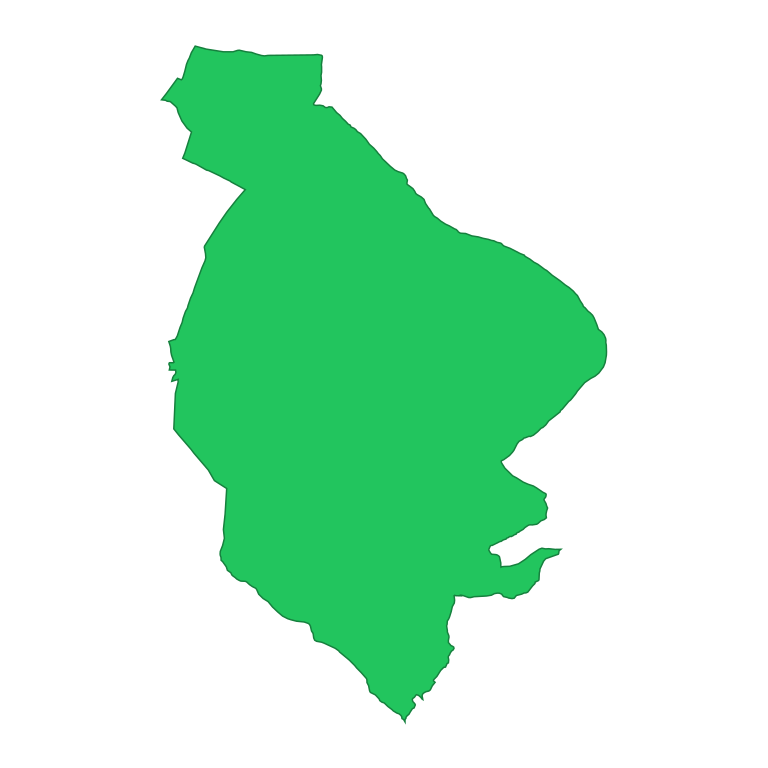 the district of Samsud, Salaj, Romania
{"feature_id": "2599482B8829364440504", "entity_name": "Samsud", "entity_type": "district", "adm_level": 2, "iso_a3": "ROU", "parent_name": "Romania", "parent_adm1": "Salaj", "projection": "natural_earth1", "projection_center": [22.948, 47.339], "detail": "fine", "context": "isolated", "style": "filled", "palette": "green", "viewbox_px": 768, "rotation_deg": 0, "n_neighbors": 0, "source": "geoboundaries", "source_scale": "gbopen_adm2", "svg_char_len": 6094}
<svg xmlns="http://www.w3.org/2000/svg" viewBox="0 0 768 768"><path d="M460.4,595.8L459.9,595.4L460.7,595.1L463.5,595.7L468.6,597.5L470.5,597.6L474.1,596.7L486.5,596.0L491.4,595.2L494.5,593.6L497.5,593.1L499.4,593.2L501.7,594.1L502.6,595.5L503.6,596.6L507.5,597.5L508.5,598.0L512.0,598.6L514.2,598.2L516.4,595.5L521.8,594.1L524.1,593.0L525.9,592.9L527.8,592.1L532.6,585.9L534.9,583.6L535.2,582.1L538.6,580.5L539.0,579.5L539.3,573.0L539.8,571.0L540.0,568.9L543.6,561.2L545.7,558.7L558.3,554.2L558.6,553.7L559.1,550.7L560.8,549.3L555.2,549.4L548.7,548.7L545.6,548.9L541.9,548.2L539.1,549.2L530.9,554.6L525.2,559.4L518.5,563.8L509.8,566.3L504.1,566.5L502.0,566.7L501.0,567.2L500.8,566.0L500.8,563.0L499.5,556.9L499.0,556.2L497.5,555.1L496.0,554.6L491.5,554.2L490.3,552.7L488.8,550.1L488.9,549.2L490.2,546.1L491.1,545.4L492.2,545.4L500.0,541.5L501.0,541.4L503.5,539.8L506.0,539.1L506.8,538.1L508.6,537.4L509.4,536.6L510.2,536.4L511.1,536.6L513.0,535.7L514.7,534.5L515.6,534.4L516.3,534.0L516.4,533.4L517.2,532.7L518.9,532.1L519.6,531.4L523.1,529.4L525.0,527.5L528.3,525.3L529.8,524.8L532.3,524.9L536.8,524.2L538.2,523.3L540.8,520.9L544.3,519.5L546.4,517.8L546.0,515.3L546.1,513.5L546.7,510.7L547.6,508.0L546.7,506.1L546.0,503.6L544.1,500.2L544.0,499.3L545.8,496.8L546.1,495.1L546.1,494.2L545.6,493.6L542.8,492.2L536.7,488.0L533.4,486.0L528.0,484.2L523.2,482.1L516.6,477.9L512.6,475.8L504.9,468.2L501.5,462.8L501.2,461.3L501.4,460.8L503.7,459.7L509.6,455.4L512.5,452.2L513.9,450.3L517.1,443.9L519.1,441.3L522.5,439.5L524.2,437.9L525.2,437.8L529.0,436.3L530.4,436.5L533.5,435.1L537.7,431.7L540.7,428.6L541.6,427.9L542.7,427.6L545.8,424.9L548.7,420.9L560.1,411.9L560.5,410.5L562.3,409.1L568.7,401.5L570.6,400.0L572.7,397.5L575.8,393.6L577.4,391.1L584.7,382.6L590.8,378.4L595.0,376.2L598.8,373.1L603.4,367.0L605.1,362.7L606.4,355.1L606.5,351.8L606.3,345.2L605.8,342.6L605.9,340.1L605.6,338.3L604.1,334.8L601.9,332.0L598.4,329.4L596.8,324.6L594.1,318.0L592.6,315.3L590.1,312.8L588.0,311.2L585.1,307.8L583.4,306.5L582.7,304.6L580.2,300.8L577.4,295.5L575.5,293.7L573.4,291.2L569.3,287.7L565.0,284.8L560.2,280.9L552.1,275.2L546.7,270.5L544.7,269.4L537.9,264.3L533.9,262.2L530.0,259.2L525.0,256.3L524.4,255.2L520.1,253.5L510.0,248.3L504.1,246.1L502.9,245.2L501.4,243.5L500.3,243.0L497.0,242.3L493.9,240.8L491.5,240.4L488.5,239.4L483.1,238.3L478.3,236.9L471.9,235.9L465.6,233.5L460.4,233.2L458.3,231.9L457.6,230.8L456.0,229.4L454.6,228.9L449.2,225.8L445.6,224.2L440.6,221.0L437.4,218.2L434.7,216.6L433.3,215.3L429.5,209.0L428.6,208.1L425.5,203.4L424.0,199.4L421.3,197.0L417.1,194.6L415.8,193.5L414.7,191.2L412.9,188.6L407.2,184.4L406.9,183.2L407.4,180.1L406.4,178.3L405.7,176.0L404.3,174.2L402.8,173.1L398.0,171.6L394.7,170.0L390.3,166.3L382.4,158.8L380.2,155.5L378.3,153.6L376.9,151.7L373.8,148.2L369.4,144.3L365.9,139.3L360.6,133.6L357.4,131.7L355.8,129.6L354.1,128.3L350.9,126.9L350.3,125.2L348.1,124.1L345.5,121.2L342.4,118.4L340.1,115.5L336.6,112.6L332.0,107.1L329.0,106.8L327.4,107.5L326.3,107.6L325.2,107.4L323.1,105.8L322.1,105.6L319.8,105.2L316.1,105.4L314.4,105.1L313.7,104.6L313.6,103.5L319.6,94.1L321.4,90.2L321.4,88.7L320.4,85.7L321.0,83.8L321.4,80.4L321.0,75.5L321.6,72.3L321.6,66.9L321.4,64.7L322.4,57.7L322.3,56.1L321.6,55.3L317.6,54.5L313.4,54.9L268.1,55.4L264.5,55.9L261.5,55.5L256.1,54.0L251.6,52.4L246.2,51.8L239.3,50.2L237.5,50.4L233.0,51.8L223.4,51.8L206.2,49.1L195.2,46.1L191.3,52.8L189.4,57.9L188.0,60.5L186.5,64.3L184.8,71.3L183.0,77.3L182.1,79.2L181.3,79.8L177.5,78.3L166.4,93.5L161.5,99.8L165.6,100.3L167.1,101.2L170.3,101.6L175.5,106.2L177.0,107.9L178.2,112.6L181.9,121.0L187.1,128.2L191.5,132.0L184.9,152.9L182.7,158.3L192.7,163.1L195.2,163.8L197.0,164.7L206.5,170.1L208.7,170.6L219.7,175.8L224.2,178.3L230.0,181.0L231.2,182.0L245.3,189.6L236.8,199.4L226.9,212.0L219.4,222.8L204.6,246.0L204.3,247.2L205.5,253.7L205.8,257.8L205.0,260.9L201.9,267.9L194.6,287.7L193.0,293.0L190.6,298.0L188.1,305.3L187.4,308.1L185.6,311.2L185.1,312.5L183.1,318.2L182.2,322.3L180.1,327.3L177.3,335.9L175.3,339.5L174.0,339.6L168.8,341.5L170.3,346.2L170.7,348.5L170.9,352.0L171.6,355.4L174.0,362.2L173.3,362.7L169.7,362.7L169.2,363.0L168.9,364.1L170.0,366.9L169.3,370.0L175.6,370.1L175.9,372.4L175.2,374.3L173.8,375.7L172.8,377.5L171.8,381.3L178.2,379.4L178.0,380.6L178.2,381.8L175.4,393.4L173.8,428.9L178.6,434.9L191.1,449.4L193.8,453.0L208.3,470.0L214.4,480.6L226.7,488.5L225.1,514.1L223.4,529.5L224.4,538.3L222.6,545.5L220.3,551.4L220.1,554.0L220.3,555.5L221.0,557.4L221.1,560.3L222.6,561.6L226.3,566.8L227.4,570.3L230.8,572.7L231.9,575.0L232.7,575.8L235.1,577.5L236.7,579.0L239.4,580.5L240.9,581.1L245.1,581.3L246.5,581.8L249.5,584.6L252.4,586.6L255.8,588.3L256.7,589.6L258.7,594.2L263.1,598.5L268.1,601.6L272.6,607.1L278.1,612.3L282.6,616.1L287.7,618.7L291.1,619.8L296.5,621.2L304.2,622.0L308.5,623.5L309.6,624.6L310.4,626.1L311.5,630.9L313.1,633.5L313.7,637.9L314.7,640.2L316.6,641.3L321.6,642.2L324.4,643.3L335.2,648.3L338.6,650.7L339.7,652.1L349.2,660.0L354.6,665.4L356.7,668.0L361.3,672.7L366.5,678.6L366.9,679.8L367.0,682.6L368.6,685.7L369.6,690.8L370.4,692.4L375.4,694.9L379.1,698.9L379.8,700.6L381.8,702.1L384.3,703.0L387.9,706.5L392.0,709.6L393.3,710.9L396.7,713.0L399.2,713.9L400.8,715.3L401.7,716.7L402.0,718.6L403.6,719.5L405.0,721.9L405.0,719.6L405.9,718.4L405.9,717.5L406.9,716.0L409.0,714.2L410.1,712.2L412.4,708.7L414.1,707.9L415.3,704.9L414.8,703.7L412.7,701.4L412.3,699.2L413.0,698.3L414.4,697.3L415.9,695.2L416.5,694.7L418.6,695.4L420.9,697.4L421.9,698.9L422.8,699.5L422.1,695.8L422.6,694.1L423.4,693.2L425.7,691.8L428.9,691.0L430.3,689.9L432.3,685.8L435.1,682.3L433.5,680.9L433.6,679.8L436.9,676.4L440.6,670.5L443.7,667.4L445.5,667.1L447.1,663.5L448.4,662.9L448.7,659.9L448.2,657.0L448.7,655.7L449.5,654.9L450.2,653.1L451.5,651.1L453.1,650.0L454.0,648.4L453.7,647.1L452.6,646.3L451.0,645.6L448.4,642.5L448.4,640.3L449.0,637.1L448.8,635.6L447.3,631.9L447.4,630.9L446.6,625.8L447.1,624.3L447.3,621.1L448.7,618.9L449.5,617.0L451.2,611.6L452.3,606.7L454.3,603.0L454.6,600.1L454.1,595.7L454.7,595.3L455.7,595.7L460.4,595.8Z" fill="#22c55e" stroke="#15803d" stroke-width="1.5"/></svg>